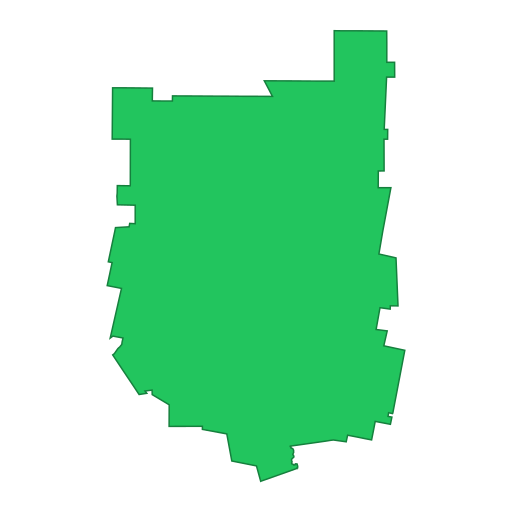 Figueroa, Santiago del Estero, Argentina (Mercator projection)
{"feature_id": "61730980B49742365360774", "entity_name": "Figueroa", "entity_type": "district", "adm_level": 2, "iso_a3": "ARG", "parent_name": "Argentina", "parent_adm1": "Santiago del Estero", "projection": "mercator", "projection_center": [-63.559, -27.316], "detail": "fine", "context": "isolated", "style": "filled", "palette": "green", "viewbox_px": 512, "rotation_deg": 0, "n_neighbors": 0, "source": "geoboundaries", "source_scale": "gbopen_adm2", "svg_char_len": 2425}
<svg xmlns="http://www.w3.org/2000/svg" viewBox="0 0 512 512"><path d="M233.0,96.2L209.5,96.1L196.1,96.0L172.5,95.9L172.4,101.0L162.4,101.0L152.3,100.9L152.5,88.1L152.4,88.1L133.0,87.9L120.5,87.8L112.6,87.8L112.2,139.1L121.3,139.1L130.4,139.2L130.3,184.7L130.2,185.8L117.3,185.6L117.2,193.1L116.9,196.1L117.4,204.8L135.2,205.2L135.2,223.7L129.7,223.4L129.1,226.8L115.5,227.6L114.7,231.7L108.3,261.8L112.1,262.6L109.7,274.0L107.2,285.6L121.5,288.4L110.2,338.1L112.9,336.1L123.0,338.0L122.1,342.0L121.8,344.4L119.7,347.0L118.7,347.8L117.8,348.7L114.3,353.7L112.7,354.9L122.4,369.5L127.5,377.1L133.8,386.5L139.1,394.5L146.8,393.3L145.0,391.0L152.1,390.1L152.2,394.6L169.2,404.8L169.1,426.4L202.4,426.3L202.4,429.4L226.8,433.9L231.8,461.0L256.4,465.9L256.5,466.0L260.7,481.3L260.9,481.2L296.7,468.5L296.8,468.5L296.7,468.3L296.8,468.1L297.1,467.8L297.6,467.8L297.6,467.6L297.7,467.2L297.7,466.6L297.7,466.3L297.7,466.0L297.4,465.7L297.4,465.2L297.2,464.6L297.2,464.1L296.7,464.0L296.2,463.8L295.6,463.8L295.1,464.1L295.1,464.7L294.4,464.9L294.0,465.1L293.7,465.0L293.4,464.6L292.8,464.1L292.1,464.0L291.7,463.7L291.6,463.2L291.7,462.7L292.0,462.1L292.0,461.4L291.6,460.9L291.6,460.3L291.6,460.0L291.6,459.2L292.0,458.8L292.4,458.5L292.6,458.2L292.8,457.9L293.2,457.7L293.5,457.5L293.9,456.9L293.8,456.3L293.7,455.8L293.5,455.3L293.2,454.9L292.8,454.7L292.9,454.2L293.0,453.8L293.3,453.2L293.6,452.6L293.7,452.1L293.6,451.5L293.6,450.8L293.6,450.2L293.2,449.5L292.9,448.8L292.5,448.6L292.1,448.3L291.6,448.2L291.2,448.2L291.0,447.9L291.0,447.3L290.8,447.0L290.4,446.8L290.2,446.5L290.3,446.3L290.3,446.1L297.6,445.1L304.6,444.1L311.8,443.1L325.8,441.1L330.8,440.3L333.4,440.0L346.2,441.8L347.6,435.2L358.0,437.2L364.8,438.6L371.6,439.9L373.6,429.8L375.2,421.4L390.4,424.3L391.9,417.1L388.0,416.4L388.6,412.7L392.5,413.6L392.8,413.1L404.8,350.3L383.8,345.8L387.2,330.9L376.1,329.5L380.0,307.7L390.2,309.1L390.3,305.8L397.9,305.9L398.0,305.9L398.0,305.7L396.0,257.9L378.9,254.0L382.7,231.6L390.9,187.7L378.2,187.7L378.3,171.0L384.1,170.9L384.0,139.2L387.6,139.2L387.7,129.4L384.2,129.4L386.6,77.1L394.7,77.1L394.6,62.3L386.8,62.3L386.8,43.0L386.7,31.0L355.0,30.8L348.0,30.8L345.5,30.8L341.3,30.8L334.3,30.7L334.2,30.7L334.2,41.6L334.2,53.2L334.2,75.3L334.2,76.0L334.2,81.1L318.1,81.1L289.4,80.9L264.3,80.8L268.9,89.5L271.7,95.0L272.5,96.4L255.2,96.3L244.4,96.3L233.0,96.2Z" fill="#22c55e" stroke="#15803d" stroke-width="1.5"/></svg>